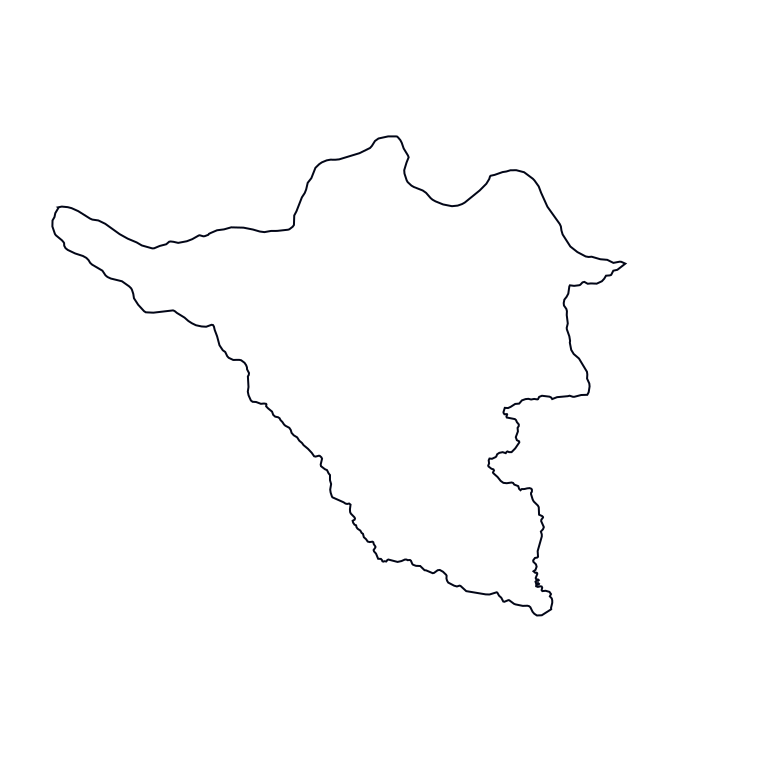 outline of La Celia, Risaralda, Colombia, rotated 342°
{"feature_id": "7082276B6796098252529", "entity_name": "La Celia", "entity_type": "district", "adm_level": 2, "iso_a3": "COL", "parent_name": "Colombia", "parent_adm1": "Risaralda", "projection": "albers", "projection_center": [-76.011, 4.98], "detail": "fine", "context": "isolated", "style": "outline", "palette": "ink", "viewbox_px": 768, "rotation_deg": 342, "n_neighbors": 0, "source": "geoboundaries", "source_scale": "gbopen_adm2", "svg_char_len": 6166}
<svg xmlns="http://www.w3.org/2000/svg" viewBox="0 0 768 768"><g transform="rotate(342 384 384)"><path d="M650.7,344.1L647.4,341.1L646.0,340.5L639.6,339.7L634.7,334.9L628.3,332.2L620.8,327.1L617.8,326.4L615.2,325.0L608.7,318.3L603.7,310.8L600.1,297.0L600.2,292.8L600.9,288.8L600.6,286.2L594.2,265.9L592.5,250.6L592.2,243.9L590.0,236.9L589.0,234.8L582.7,225.9L575.8,221.5L570.2,219.8L566.0,219.7L562.3,219.1L553.8,219.3L549.8,218.9L549.0,219.3L547.4,221.6L543.2,225.2L534.8,229.5L516.9,236.4L513.9,237.0L509.2,237.1L503.6,235.9L495.7,231.5L489.4,226.2L487.1,223.7L485.8,221.6L483.1,215.2L480.6,211.9L473.3,205.9L471.4,203.8L468.9,199.3L468.5,197.3L468.5,190.2L469.3,186.9L473.9,180.3L477.5,176.0L477.4,174.1L475.5,166.1L475.4,160.1L474.9,157.1L473.6,153.9L472.9,152.7L472.1,152.3L464.5,149.8L454.6,148.8L450.5,150.1L446.1,153.8L443.7,155.2L432.0,156.9L410.8,156.5L406.7,155.6L402.4,154.1L398.6,153.6L393.4,154.0L390.3,154.9L385.6,157.2L378.5,165.8L373.6,169.1L370.1,174.9L367.7,177.8L363.6,181.1L354.1,192.7L350.7,196.0L347.5,204.9L345.8,206.2L341.8,207.6L340.4,207.6L329.8,205.4L323.7,203.5L317.2,202.6L313.0,200.6L307.1,196.6L298.7,191.9L287.1,187.8L279.6,187.5L272.7,186.2L266.0,186.8L263.9,187.1L263.0,187.8L259.2,188.0L257.8,187.7L254.7,185.6L253.7,185.5L246.4,187.0L240.6,187.3L231.9,186.2L227.7,183.7L225.1,182.5L223.6,182.3L220.1,183.8L213.4,183.4L207.2,183.9L205.5,183.4L196.5,177.4L192.5,172.9L185.2,166.6L178.9,159.8L168.4,145.5L162.9,140.2L157.4,137.5L155.6,135.9L146.6,125.1L141.2,120.2L137.9,118.1L132.4,115.7L128.7,115.3L129.0,115.7L124.2,119.9L122.2,123.4L119.3,126.0L117.3,131.7L117.4,139.6L117.9,141.2L122.1,147.8L123.1,150.2L123.3,151.1L122.6,153.7L123.1,156.4L124.6,158.7L130.6,164.4L137.2,169.2L139.9,172.1L141.3,174.9L142.0,178.0L143.3,180.3L151.2,189.2L152.7,194.6L154.1,196.8L156.8,199.3L166.5,205.3L171.8,212.4L173.1,214.9L173.4,216.6L173.4,220.8L172.7,225.2L174.7,232.7L178.3,240.6L179.6,242.2L186.7,244.9L206.1,248.8L207.4,249.9L209.0,252.4L214.8,259.2L217.4,263.6L220.1,266.9L223.3,270.0L228.3,272.9L232.6,274.6L238.3,274.4L239.6,275.1L240.0,276.9L239.7,280.1L240.0,287.1L239.5,296.3L241.1,302.1L242.9,304.5L243.5,309.1L244.4,311.1L248.0,314.5L253.8,316.3L255.5,317.3L257.9,320.7L258.7,323.5L258.8,325.8L258.3,327.7L259.0,331.9L258.1,333.7L256.9,334.7L254.2,345.0L252.1,349.2L251.7,352.9L252.3,358.5L253.5,360.3L256.8,361.6L260.8,364.8L263.9,365.5L265.7,366.4L265.9,367.0L265.0,368.8L266.2,371.3L269.0,375.7L269.1,379.1L270.4,381.4L273.0,382.9L274.1,384.3L274.4,386.3L275.6,388.7L276.4,391.6L277.3,393.2L280.4,396.4L281.1,398.9L281.0,401.9L282.3,404.9L284.9,407.9L285.9,411.7L287.8,414.8L288.6,417.3L291.7,422.2L294.0,427.1L295.2,431.1L296.5,431.9L300.0,432.1L300.7,432.5L301.8,434.4L302.0,435.9L298.9,441.0L298.7,442.7L301.5,446.8L303.2,448.3L303.7,451.9L304.5,453.9L302.9,458.8L302.8,462.8L300.2,467.8L299.7,470.7L299.7,475.0L300.0,475.9L309.0,484.0L310.4,485.8L311.9,486.7L313.9,486.9L314.9,488.4L312.9,492.6L312.2,495.3L312.4,497.0L314.6,501.4L314.9,502.8L314.2,503.9L311.9,504.4L311.8,506.4L312.5,508.7L313.8,509.8L313.6,511.6L314.1,513.4L316.2,516.1L316.7,518.7L317.7,520.0L317.5,523.5L319.0,526.1L319.8,528.8L321.5,529.9L324.3,530.4L324.9,531.1L324.8,533.2L325.6,536.0L325.3,536.8L322.8,538.7L322.8,540.2L324.0,542.9L324.4,548.4L327.0,549.4L327.7,551.0L327.7,552.1L328.4,552.7L329.7,552.7L331.3,553.5L332.9,552.4L333.9,552.3L341.9,557.4L345.9,557.8L349.7,557.4L351.3,558.0L351.9,558.8L354.3,559.4L355.0,560.4L355.3,563.9L355.8,564.9L358.2,566.8L362.2,568.3L365.0,573.6L366.5,574.3L371.9,579.0L373.3,579.1L377.5,577.7L379.6,578.1L382.1,580.8L384.1,584.6L384.3,585.7L383.3,588.2L383.2,590.5L383.7,592.7L388.4,597.5L390.8,599.1L393.5,599.1L394.4,599.7L398.2,606.4L415.7,615.5L419.3,616.8L426.7,616.9L427.3,617.4L428.0,620.9L429.5,623.5L430.2,627.7L431.2,628.3L435.5,628.0L436.3,628.4L439.7,633.2L440.9,634.2L447.4,637.9L451.9,639.2L453.3,640.1L454.2,641.5L454.9,646.5L455.9,648.9L457.9,651.4L462.6,652.7L473.4,649.9L473.7,648.5L476.4,644.1L477.1,641.9L477.3,639.8L476.1,637.2L477.9,635.4L477.1,632.8L473.8,630.6L470.6,629.9L470.2,628.7L471.5,626.7L471.4,625.4L470.5,624.8L467.6,624.5L466.2,623.4L466.7,622.1L469.3,622.4L469.7,622.0L469.1,621.0L467.0,620.4L467.0,618.8L468.0,618.3L469.8,618.8L470.6,618.4L470.3,617.7L468.4,616.7L468.3,615.4L471.1,612.0L471.2,611.2L470.8,610.6L469.5,610.3L468.3,608.3L470.6,607.6L472.7,604.9L472.8,602.5L471.1,599.2L471.4,597.8L473.8,596.1L476.1,596.4L477.1,595.9L478.5,590.4L487.0,577.7L487.6,575.7L487.6,572.8L490.3,571.3L491.8,569.5L491.1,563.0L491.7,561.7L494.0,560.1L494.1,559.5L493.6,558.5L491.1,556.2L493.1,549.0L492.8,547.2L490.1,542.0L489.7,539.8L489.8,534.1L490.3,532.9L491.3,532.2L492.0,530.4L491.8,529.2L490.3,528.0L487.9,527.5L485.2,527.3L482.4,526.5L481.0,527.2L480.1,525.5L480.1,522.6L476.8,519.9L476.2,518.0L474.9,517.1L470.1,516.3L467.0,514.9L465.0,512.2L463.3,507.6L460.4,502.6L460.3,501.8L461.9,500.2L461.7,499.0L460.0,497.8L457.9,494.7L457.9,493.8L459.4,492.0L460.0,488.9L461.3,487.5L463.6,488.5L467.6,488.0L468.5,487.5L469.9,485.8L472.4,485.1L475.8,485.5L478.4,487.4L479.7,486.4L480.6,486.3L482.0,487.5L484.3,488.2L488.9,485.8L494.6,481.4L494.8,480.3L493.0,478.5L492.9,475.3L496.7,470.5L497.5,467.0L499.2,465.6L499.7,464.1L498.6,461.3L498.4,459.1L497.6,457.8L490.4,453.8L490.4,452.7L491.7,451.1L491.6,450.6L489.2,450.0L488.8,448.6L488.9,447.7L491.5,444.0L494.5,445.2L497.3,444.9L502.6,443.5L506.5,444.4L510.1,442.2L513.9,442.1L516.7,442.7L519.1,444.2L522.2,444.6L525.0,446.0L525.8,446.0L527.6,444.2L530.6,444.0L537.5,447.2L538.8,448.5L539.3,450.3L544.5,450.0L555.1,452.4L556.9,452.5L559.8,454.6L561.2,455.0L568.1,455.4L574.0,457.1L576.1,455.1L578.8,449.8L579.4,447.0L578.8,441.6L580.3,437.8L580.8,435.1L577.3,420.0L573.7,414.1L572.6,409.4L573.5,402.1L574.3,400.5L575.0,395.9L574.8,388.6L575.1,387.1L577.5,383.2L579.1,374.9L580.5,371.2L580.6,368.9L579.4,365.0L579.9,362.6L581.6,359.5L584.6,357.5L587.2,355.0L590.4,348.5L591.3,347.6L595.1,349.4L600.2,350.4L601.3,350.3L604.2,348.7L606.1,348.8L608.7,351.6L611.9,352.3L617.3,354.3L623.0,353.6L626.0,351.9L628.6,349.6L632.4,350.5L633.8,350.4L637.1,347.1L641.2,347.5L650.7,344.1Z" fill="none" stroke="#020617" stroke-width="2"/></g></svg>